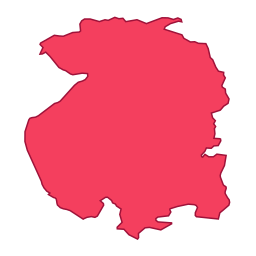 map outline of Lincolnshire (Natural Earth projection), rotated 181°
{"feature_id": "GBR-2081", "entity_name": "Lincolnshire", "entity_type": "Administrative County", "adm_level": 1, "iso_a3": "GBR", "parent_name": "United Kingdom", "parent_adm1": "", "projection": "natural_earth1", "projection_center": [-0.294, 53.122], "detail": "fine", "context": "isolated", "style": "filled", "palette": "rose", "viewbox_px": 256, "rotation_deg": 181, "n_neighbors": 0, "source": "natural_earth", "source_scale": "10m", "svg_char_len": 2296}
<svg xmlns="http://www.w3.org/2000/svg" viewBox="0 0 256 256"><g transform="rotate(181 128 128)"><path d="M171.2,36.1L184.4,44.4L187.8,45.5L191.2,46.1L194.3,47.2L197.2,49.8L197.7,51.5L198.1,53.9L198.6,55.9L199.6,56.8L201.2,57.2L206.4,60.1L205.0,61.6L208.1,63.4L210.9,66.6L212.9,70.2L213.7,73.3L228.3,104.1L230.8,112.7L230.9,122.5L227.3,134.4L226.2,136.0L224.2,136.7L220.7,137.2L217.8,138.7L201.9,151.2L198.6,152.2L196.2,153.7L182.2,169.8L178.5,172.9L174.3,174.2L171.5,175.7L169.1,178.9L169.4,181.7L174.8,182.0L184.1,180.3L186.4,181.0L191.4,184.3L193.8,185.0L198.1,187.3L207.3,198.3L211.6,202.4L214.8,200.6L217.3,200.3L216.9,201.4L214.4,207.0L217.4,210.0L216.9,211.4L203.3,219.4L198.4,218.8L194.3,218.6L185.0,222.5L178.4,223.1L177.1,224.2L177.9,231.1L176.2,234.3L173.4,236.2L167.7,236.3L158.8,234.0L158.5,233.9L152.9,235.8L149.6,235.3L143.1,238.4L139.0,237.1L135.0,237.6L132.1,234.3L120.9,236.4L111.4,232.7L95.9,238.8L89.9,238.8L84.4,237.3L80.1,238.9L76.8,237.5L76.1,235.1L79.3,235.7L87.4,233.1L92.6,229.9L93.5,227.4L75.7,222.1L73.7,218.6L67.1,215.1L62.8,215.4L59.1,213.9L51.6,213.7L49.2,208.8L47.0,199.9L44.5,197.7L41.3,190.4L38.6,186.4L33.3,185.3L33.4,182.6L31.6,179.8L34.9,172.1L34.4,170.5L31.4,168.6L31.0,164.6L27.5,158.8L28.4,154.4L32.7,151.5L36.0,147.5L44.9,144.4L43.6,139.7L40.8,136.8L42.4,133.7L40.4,131.0L41.6,128.9L41.0,123.7L41.9,119.2L36.1,118.9L35.3,118.6L35.0,116.8L37.5,112.0L41.8,111.6L44.4,109.2L49.3,109.4L50.7,106.1L54.2,102.2L53.8,100.6L52.8,100.2L50.6,103.0L46.7,100.6L42.1,100.7L38.7,103.4L29.4,102.3L30.9,92.2L34.4,84.6L35.0,82.1L34.7,80.3L31.8,73.0L31.0,72.1L29.9,71.5L28.9,70.7L28.8,69.1L29.6,66.7L29.8,65.4L29.7,64.2L27.3,60.1L25.6,57.9L25.1,55.4L25.8,52.6L31.4,47.6L34.7,44.8L36.1,38.6L58.0,40.5L59.2,41.7L59.2,44.5L57.1,49.7L58.4,51.7L60.3,52.5L66.4,52.9L77.2,50.4L84.5,48.0L84.8,47.0L83.7,44.8L85.9,40.9L96.5,39.5L98.6,37.9L98.4,36.1L96.3,34.6L82.8,33.9L82.7,33.0L93.4,26.7L104.8,29.0L109.2,28.5L115.7,22.8L115.5,18.6L116.5,17.1L117.3,17.5L125.2,21.3L130.3,26.7L137.0,27.0L137.1,28.6L132.3,33.6L134.7,41.4L133.5,46.9L138.1,49.8L139.2,51.7L142.1,52.9L143.1,55.2L147.2,58.4L149.3,58.3L154.5,54.8L151.3,52.1L151.0,50.4L157.1,39.4L159.5,38.1L163.1,38.8L167.4,38.0L170.0,36.8L170.4,36.6L171.2,36.1L171.2,36.1Z" fill="#f43f5e" stroke="#9f1239" stroke-width="1.5"/></g></svg>